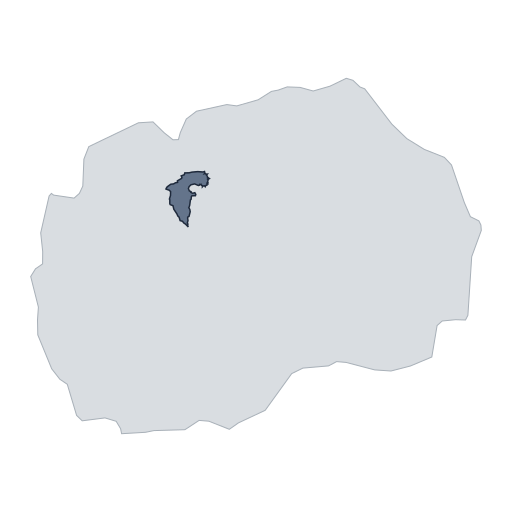 location of Sopishte, Sopište, North Macedonia
{"feature_id": "65306769B38681121769962", "entity_name": "Sopishte", "entity_type": "district", "adm_level": 2, "iso_a3": "MKD", "parent_name": "North Macedonia", "parent_adm1": "Sopište", "projection": "mercator", "projection_center": [21.357, 41.849], "detail": "fine", "context": "in_parent", "style": "filled", "palette": "slate", "viewbox_px": 512, "rotation_deg": 0, "n_neighbors": 0, "source": "geoboundaries", "source_scale": "gbopen_adm2", "svg_char_len": 2274}
<svg xmlns="http://www.w3.org/2000/svg" viewBox="0 0 512 512"><path d="M227.0,104.6L236.8,105.9L258.1,99.8L271.4,91.4L278.2,90.1L287.2,86.9L300.1,87.4L313.2,91.0L329.9,86.2L346.3,78.3L352.9,80.3L360.0,87.0L364.7,88.8L391.9,124.2L406.8,138.6L424.3,149.4L444.4,157.4L451.5,165.0L464.3,202.5L470.4,216.7L478.9,220.9L480.9,225.0L481.3,230.4L471.7,256.7L467.9,315.3L465.5,320.0L455.5,319.7L442.2,321.0L437.1,325.5L431.8,357.0L410.4,366.0L391.0,371.0L374.7,369.9L346.0,362.4L336.6,361.6L328.5,365.9L302.9,368.1L291.7,373.6L265.2,410.3L238.4,422.9L229.3,429.3L208.9,421.2L199.1,420.4L184.9,429.7L153.9,430.6L145.5,432.3L121.6,433.7L120.6,428.7L116.2,421.3L105.0,417.9L82.2,420.8L76.6,415.4L67.3,384.3L59.9,379.3L51.7,368.8L37.8,334.9L37.5,320.0L38.4,307.1L30.7,276.5L35.5,268.8L42.6,263.9L42.7,251.6L40.7,232.9L49.1,196.0L51.4,193.4L53.6,195.1L74.1,198.1L79.4,193.4L82.8,186.1L83.9,159.1L88.8,146.6L138.4,122.8L153.0,121.9L164.2,132.8L173.0,139.8L178.4,139.6L180.3,132.6L186.3,119.0L196.5,111.2L226.7,104.6L227.0,104.6Z" fill="#d9dde1" stroke="#a8b0b8" stroke-width="1"/><path d="M188.3,227.0L187.7,225.8L187.9,224.0L187.3,223.0L188.0,220.6L187.6,217.9L188.0,216.8L189.0,216.5L190.2,211.7L189.8,209.4L188.5,207.2L189.0,207.5L189.7,205.2L190.4,199.9L191.1,199.3L191.4,196.5L192.0,195.8L195.4,195.7L195.8,194.4L194.5,192.1L194.7,192.7L192.6,193.3L190.9,192.4L191.2,191.9L190.6,191.4L189.4,191.0L188.4,188.6L189.1,186.6L190.9,184.8L194.6,183.9L198.4,185.5L199.4,185.2L199.6,184.4L200.6,184.7L201.0,184.3L201.6,185.4L202.4,185.6L202.4,186.8L203.1,186.0L204.5,185.8L205.2,186.7L205.8,185.5L207.0,185.1L207.0,183.8L207.7,183.9L207.3,182.8L208.0,182.7L207.6,181.8L208.1,179.9L207.7,179.4L209.4,178.6L208.2,177.7L207.5,177.8L207.4,176.3L206.4,175.0L207.3,174.1L206.0,174.1L205.2,173.5L204.4,173.7L204.9,173.0L204.5,171.5L203.1,172.0L197.8,171.6L192.0,172.1L189.1,172.8L184.8,172.9L184.3,174.7L181.2,175.9L181.9,177.3L181.6,178.4L177.4,180.8L177.6,182.4L175.4,182.8L173.6,183.9L170.8,184.2L167.2,186.8L166.1,188.5L166.0,189.1L169.2,190.2L170.6,191.6L170.5,195.5L169.4,199.1L169.8,199.8L169.8,203.7L170.2,204.6L173.0,205.7L173.8,209.2L176.9,213.9L177.8,216.0L179.1,217.2L180.1,220.6L182.5,221.3L183.8,223.0L185.5,224.1L188.3,227.0Z" fill="#64748b" stroke="#1e293b" stroke-width="1.5"/></svg>